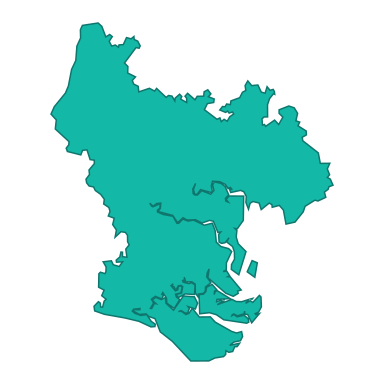 the district of Remedios, Chiriquí, Panama
{"feature_id": "35544464B82986872921628", "entity_name": "Remedios", "entity_type": "district", "adm_level": 2, "iso_a3": "PAN", "parent_name": "Panama", "parent_adm1": "Chiriquí", "projection": "mercator", "projection_center": [-81.789, 8.225], "detail": "fine", "context": "isolated", "style": "filled", "palette": "teal", "viewbox_px": 384, "rotation_deg": 0, "n_neighbors": 0, "source": "geoboundaries", "source_scale": "gbopen_adm2", "svg_char_len": 6028}
<svg xmlns="http://www.w3.org/2000/svg" viewBox="0 0 384 384"><path d="M94.0,306.3L94.7,310.9L104.4,314.3L125.1,318.0L138.9,321.3L151.0,326.9L154.9,326.6L155.3,324.2L151.3,321.4L146.6,314.6L140.8,315.5L134.8,313.3L132.3,311.1L133.7,309.2L140.0,308.5L139.8,309.8L134.0,309.6L132.9,310.8L139.4,314.4L146.2,313.9L148.6,316.4L155.0,318.6L160.3,331.9L172.3,341.3L190.8,361.0L208.9,360.9L214.8,358.0L223.6,356.6L225.7,354.4L225.9,350.7L228.8,352.3L232.7,351.5L234.7,346.7L237.2,346.6L239.6,343.2L229.7,345.4L233.8,342.1L240.5,340.7L242.6,336.5L241.6,331.6L236.5,333.0L231.6,331.4L215.2,322.1L210.4,316.9L199.3,317.0L192.3,308.3L188.9,313.4L185.9,314.5L181.1,311.1L178.4,311.6L181.3,310.6L184.9,313.0L187.6,312.9L189.4,308.5L187.9,306.5L195.4,309.0L197.6,303.1L194.4,296.8L183.4,296.0L173.5,310.2L165.9,303.2L165.4,297.6L161.3,299.6L155.7,297.4L152.1,300.1L156.1,303.7L154.4,303.4L151.7,308.5L150.4,308.4L153.6,303.0L151.4,299.2L155.3,296.3L161.8,298.9L163.5,295.2L161.8,294.4L162.8,292.5L166.5,298.1L166.8,303.1L174.3,308.4L179.8,299.5L176.4,297.1L175.5,294.2L181.0,292.9L182.0,287.5L181.3,286.1L178.5,286.2L177.7,290.0L175.3,290.8L171.0,285.7L173.2,283.7L171.6,285.8L173.9,286.6L175.8,290.2L178.3,285.8L180.9,285.4L182.7,286.5L181.6,293.0L176.2,294.5L178.4,297.6L185.2,293.9L194.5,294.5L195.0,285.0L191.8,282.7L188.8,283.6L183.3,282.3L182.6,280.6L184.7,279.6L184.2,277.1L185.3,280.3L183.3,280.6L183.7,281.8L191.8,281.8L195.2,284.1L195.4,293.1L198.7,297.8L198.3,294.0L203.4,293.4L205.3,291.2L205.5,286.9L210.9,282.8L206.7,276.9L207.3,272.6L209.1,268.9L207.9,277.7L225.7,293.2L233.3,296.3L238.2,293.4L237.6,291.1L241.2,290.0L230.4,277.0L227.9,276.7L229.7,275.9L226.8,271.2L223.1,271.5L226.3,269.9L226.4,262.9L231.7,251.5L228.6,248.6L220.8,246.5L216.3,242.1L215.2,230.8L212.3,223.2L204.3,225.2L193.5,220.1L188.1,221.1L182.8,219.1L178.7,223.3L176.9,223.3L173.0,216.3L163.3,214.5L157.5,212.0L157.4,210.3L159.8,208.2L160.2,203.6L153.0,206.8L151.6,206.1L149.7,203.1L153.1,206.2L156.7,203.5L160.8,203.1L160.3,208.4L158.0,211.5L172.8,215.4L177.6,222.7L183.0,217.7L187.1,220.0L195.5,219.7L202.0,223.0L209.5,220.4L213.4,221.2L217.9,232.5L220.7,232.0L218.6,234.6L219.1,242.1L221.6,243.4L225.1,242.7L229.1,237.7L226.6,241.9L232.6,246.6L234.4,252.0L234.5,259.2L231.5,264.6L231.3,269.4L238.8,274.8L246.0,251.6L238.2,243.7L236.2,236.9L236.9,230.5L234.8,228.4L237.3,228.8L243.3,220.4L243.7,196.1L229.1,196.0L226.1,199.4L228.3,202.1L225.8,201.1L225.4,198.5L228.7,194.8L225.1,186.5L221.0,183.4L214.4,181.8L212.6,185.0L214.0,190.5L210.7,194.2L201.7,190.7L197.5,195.0L194.9,195.0L193.2,193.7L192.8,189.0L195.6,183.4L193.5,189.4L194.6,194.3L197.3,194.2L200.5,189.6L211.2,192.5L212.4,191.3L211.3,185.9L212.5,181.2L219.8,181.7L225.4,184.4L228.1,188.6L230.3,187.4L232.3,189.7L229.2,188.3L230.7,192.5L240.5,190.4L243.8,191.7L246.3,196.4L245.9,202.5L248.5,209.2L250.1,203.3L252.9,201.5L259.1,203.0L261.2,209.6L269.2,203.1L271.9,204.6L272.2,207.3L279.3,205.4L283.4,210.0L286.0,224.1L295.0,222.1L303.2,211.9L305.1,206.3L314.9,200.2L318.0,201.0L325.8,197.3L324.4,192.1L328.1,189.4L328.9,186.8L333.0,185.2L330.3,179.1L327.3,177.4L329.6,174.8L327.3,168.9L329.8,163.3L320.3,163.4L318.3,152.9L302.8,140.8L302.2,137.3L306.4,134.9L306.2,131.0L298.0,125.8L299.7,122.1L295.9,120.8L297.6,113.3L294.2,107.8L288.8,106.0L279.1,109.8L279.1,113.4L282.9,117.1L278.7,124.5L274.6,120.1L265.6,126.4L264.5,124.5L262.5,125.1L262.0,118.8L264.2,116.9L267.6,116.9L267.5,104.8L269.6,98.6L273.5,93.7L274.7,94.3L274.4,91.6L273.2,89.4L270.0,90.3L267.1,86.7L265.1,93.2L261.3,92.1L257.9,85.0L251.7,85.6L247.8,80.9L245.1,85.6L245.8,90.5L242.5,92.2L239.7,97.7L230.9,100.9L230.4,104.6L226.6,104.0L225.1,106.7L222.5,106.5L219.8,110.0L225.6,112.4L227.6,111.1L229.1,113.1L232.5,112.0L233.7,114.0L229.8,116.7L227.2,121.2L224.1,119.3L221.3,121.6L219.9,117.9L217.0,119.3L204.4,109.7L207.4,103.6L213.7,102.5L214.2,99.0L208.4,96.7L210.9,93.9L207.8,89.8L204.1,91.8L203.7,96.2L197.2,96.3L195.0,99.8L187.6,93.3L185.0,96.2L186.6,98.2L186.7,102.5L180.6,99.1L181.8,96.5L179.6,94.2L175.2,98.1L174.8,100.9L172.0,96.1L168.5,95.5L166.1,97.4L156.6,88.4L154.6,91.1L149.4,88.3L138.8,91.9L138.2,86.3L133.7,84.1L132.3,80.4L135.5,76.9L127.7,73.0L127.9,66.5L124.5,63.0L136.0,47.6L139.1,48.2L140.2,45.9L137.7,41.1L134.2,39.5L133.9,36.5L131.1,38.8L126.5,37.6L123.3,44.6L119.0,44.9L118.5,47.2L115.3,45.0L111.7,46.1L109.2,41.3L112.3,36.6L109.7,34.5L105.8,36.9L101.8,26.3L98.1,23.0L82.4,25.4L80.4,29.8L80.6,38.0L76.9,46.1L75.8,60.5L71.6,69.4L68.4,86.0L65.4,93.1L54.3,106.7L51.0,114.1L56.3,119.9L55.3,129.0L69.0,141.6L68.8,144.8L66.2,148.2L67.4,151.5L80.8,154.9L82.6,150.3L87.0,149.9L90.1,159.6L94.3,160.2L94.3,163.7L89.0,170.0L89.5,174.5L86.0,179.2L86.6,182.8L89.1,186.0L93.6,187.0L95.3,190.5L100.6,194.3L104.3,199.2L103.7,204.0L108.9,207.5L110.0,211.5L108.3,216.0L114.2,218.2L112.7,224.6L116.4,230.0L115.1,237.2L121.0,231.7L125.4,232.4L127.5,235.3L127.6,241.8L129.2,244.8L125.8,249.1L126.9,257.2L122.5,256.7L122.5,252.2L121.0,252.0L119.8,257.0L116.2,260.1L116.5,262.2L122.6,261.8L119.2,266.5L113.3,264.8L111.4,260.8L103.2,261.8L106.1,267.0L105.9,271.9L104.9,273.6L100.4,272.2L98.9,273.7L98.6,287.2L104.1,290.1L101.7,295.7L106.1,299.2L104.1,301.2L102.6,307.2L100.7,307.0L100.3,303.1L98.4,301.7L94.0,306.3ZM214.2,294.6L214.5,291.3L216.7,289.6L212.1,284.4L206.6,287.2L205.9,291.5L203.4,294.2L199.1,294.6L199.7,313.8L209.5,312.7L216.4,314.7L223.8,319.8L246.7,323.2L248.8,322.1L248.2,318.7L244.1,315.3L237.1,316.8L233.8,314.6L231.9,315.7L232.3,314.7L233.8,314.0L237.5,315.8L244.1,313.7L244.6,311.1L244.9,314.3L247.7,314.5L251.7,322.8L259.4,313.6L255.9,314.7L255.1,313.7L258.6,312.1L261.4,306.8L261.0,297.0L259.4,295.4L252.8,302.4L250.2,300.7L245.6,303.4L248.7,299.5L241.7,301.7L236.1,301.5L232.0,299.4L217.2,304.7L223.0,301.2L220.4,300.4L216.6,301.7L216.9,299.4L230.1,298.6L217.5,290.8L215.4,291.3L214.2,294.6ZM254.8,277.3L257.3,262.8L252.1,260.6L247.2,271.8L254.8,277.3ZM250.3,299.1L252.2,299.1L252.7,298.4L250.3,299.1ZM223.4,299.3L224.2,299.7L224.4,299.4L223.4,299.3Z" fill="#14b8a6" stroke="#0f766e" stroke-width="1.5"/></svg>